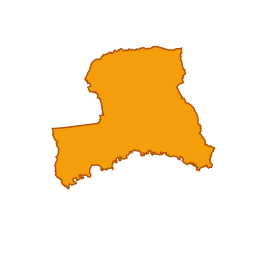 Mueang Surin, Surin, Thailand, rotated 240°
{"feature_id": "78962969B42978200343828", "entity_name": "Mueang Surin", "entity_type": "district", "adm_level": 2, "iso_a3": "THA", "parent_name": "Thailand", "parent_adm1": "Surin", "projection": "orthographic", "projection_center": [103.474, 14.914], "detail": "fine", "context": "isolated", "style": "filled", "palette": "amber", "viewbox_px": 256, "rotation_deg": 240, "n_neighbors": 0, "source": "geoboundaries", "source_scale": "gbopen_adm2", "svg_char_len": 5866}
<svg xmlns="http://www.w3.org/2000/svg" viewBox="0 0 256 256"><g transform="rotate(240 128 128)"><path d="M105.7,45.6L105.3,46.2L105.9,47.3L106.2,47.3L106.7,46.8L107.1,47.0L108.7,49.4L108.2,50.2L107.0,50.5L106.5,51.1L106.6,52.9L105.8,54.9L106.0,55.7L106.5,55.8L109.3,54.2L111.2,54.6L111.7,55.3L111.1,56.4L110.9,58.0L109.5,58.3L108.4,57.4L107.9,57.8L108.2,61.5L107.0,63.4L106.9,64.3L107.3,64.8L107.9,64.6L108.0,63.4L109.4,63.0L110.5,61.7L111.1,61.7L111.8,62.5L111.6,63.0L109.8,64.5L108.2,68.4L105.6,69.0L104.7,70.8L105.1,71.6L106.4,72.5L108.6,72.6L110.6,73.6L112.6,75.8L114.0,78.5L112.4,80.4L111.8,82.6L109.5,84.6L107.6,85.2L106.6,84.4L105.0,83.8L104.5,83.9L104.0,84.6L104.1,85.1L104.6,85.2L105.4,84.8L105.5,85.6L104.1,86.3L103.3,88.8L102.8,88.5L102.4,88.7L103.0,90.5L102.0,92.7L101.7,94.0L99.9,94.3L100.5,94.9L103.1,95.1L104.9,96.9L105.4,97.8L106.2,98.2L106.5,99.2L106.1,100.5L105.6,100.5L104.7,99.5L103.7,101.0L105.0,101.8L106.6,101.9L107.3,102.7L107.6,103.9L107.4,104.5L105.9,104.8L104.5,104.0L104.0,104.3L103.6,105.2L103.9,106.1L104.8,106.7L106.9,106.3L107.2,106.7L103.9,108.2L103.1,109.2L103.1,110.1L102.6,111.3L102.8,112.4L104.1,112.3L105.0,112.8L104.4,114.9L105.0,115.8L105.3,117.4L106.1,117.2L106.6,117.5L106.3,118.6L104.9,119.2L106.0,119.7L105.5,121.7L105.8,122.7L104.8,123.0L104.1,124.4L103.4,124.6L103.0,125.3L103.3,125.9L102.6,126.4L101.4,126.5L100.8,127.0L99.1,126.6L98.6,125.6L97.1,126.0L96.2,127.9L96.2,128.5L98.2,128.7L97.0,129.5L97.6,130.8L97.2,131.5L96.4,131.1L96.4,132.4L95.8,132.8L96.1,133.4L96.6,133.3L98.1,134.0L98.2,134.4L97.3,134.3L96.8,136.3L95.6,136.0L94.8,135.3L92.5,135.6L92.5,136.0L93.2,136.0L94.3,137.1L94.4,137.5L92.8,137.3L93.5,138.9L91.6,138.7L91.5,139.8L90.6,140.3L88.7,142.5L88.9,143.3L89.9,143.8L90.5,143.8L90.8,144.3L89.9,144.7L87.9,144.5L87.9,144.9L88.6,145.2L88.8,145.9L87.4,148.7L86.8,148.6L86.3,147.7L84.4,148.3L84.1,148.7L84.3,149.2L83.4,149.1L81.8,150.6L81.3,152.9L78.6,156.1L78.1,156.3L76.6,155.9L74.8,156.7L74.6,157.1L74.8,157.4L75.4,157.0L75.9,157.2L76.8,158.7L76.8,159.5L76.3,159.6L75.9,159.2L75.1,160.5L74.3,160.6L72.9,160.0L72.8,158.8L70.2,159.0L69.1,159.9L68.1,160.1L67.9,160.7L66.7,161.0L67.0,162.6L66.3,163.4L66.0,164.5L67.0,164.6L67.0,165.0L65.2,164.9L64.8,165.2L64.4,165.9L64.8,166.3L64.9,167.2L64.1,167.1L64.0,166.1L63.2,165.8L62.8,166.2L63.0,167.6L62.4,168.3L62.0,168.1L61.8,167.0L61.2,168.1L59.7,167.5L59.4,168.0L59.7,168.3L58.9,168.5L57.7,166.4L56.0,167.9L55.5,168.6L55.8,168.7L56.1,168.3L57.0,170.2L57.2,171.5L56.7,173.2L56.8,174.8L56.2,176.1L56.3,176.6L56.8,176.8L55.6,177.8L54.9,177.3L53.0,177.7L53.3,179.0L52.2,180.6L53.1,181.9L53.8,182.5L55.6,182.4L57.2,181.9L57.7,182.3L58.1,182.2L58.6,182.7L60.1,183.0L60.0,183.5L60.3,183.5L60.6,184.2L61.5,185.0L61.5,185.4L61.9,185.8L62.8,185.8L63.0,186.8L65.0,188.4L65.2,190.2L65.8,190.4L66.4,191.3L67.0,191.5L66.8,192.5L67.1,192.9L67.4,192.5L67.7,192.7L68.2,192.4L69.9,191.0L71.0,190.8L70.8,190.4L71.2,190.2L71.2,189.5L71.6,188.7L74.6,187.8L74.8,186.4L75.6,186.6L76.9,187.8L80.0,188.5L80.5,188.2L82.7,188.2L82.9,187.8L85.6,188.1L87.8,187.0L88.0,188.2L89.5,190.1L90.8,190.2L91.1,190.9L93.0,191.7L93.2,191.3L94.0,191.9L95.2,191.8L95.5,190.9L97.1,191.0L100.2,192.8L102.6,193.8L105.3,194.4L111.3,194.6L111.9,195.0L116.1,194.0L118.5,192.9L121.2,190.6L122.5,191.2L124.0,191.1L125.4,191.5L126.8,189.3L127.7,189.5L128.0,190.5L132.5,190.1L136.7,190.7L138.6,190.3L139.8,192.1L140.4,194.5L139.9,196.9L139.8,198.8L141.6,199.0L144.0,199.7L143.7,201.1L145.8,201.6L145.9,203.0L146.4,205.0L150.4,206.2L150.9,205.3L152.0,205.7L152.5,205.5L159.5,207.8L161.9,208.3L163.3,208.9L163.4,209.8L165.3,209.6L165.4,210.5L165.9,210.7L166.2,212.3L167.0,212.1L170.3,214.3L170.8,212.5L172.4,209.8L172.6,207.7L172.4,207.5L174.5,202.8L174.9,202.9L175.7,201.5L176.6,200.9L178.0,199.2L178.4,199.3L179.6,197.6L180.2,197.8L182.3,195.0L183.1,194.8L184.0,193.9L184.2,193.2L185.1,192.1L185.8,190.3L185.6,189.2L186.0,186.2L186.6,185.6L187.4,183.1L188.1,182.3L189.3,182.2L190.4,180.3L190.3,179.4L190.8,178.8L190.9,177.6L190.8,176.1L191.5,175.0L192.0,175.0L191.8,173.7L192.1,172.0L192.8,171.7L193.6,170.6L193.9,170.7L193.8,170.1L194.6,169.1L195.7,168.7L195.9,167.4L195.3,167.0L195.4,166.5L195.6,165.8L196.4,165.0L196.2,164.9L196.4,164.3L197.1,163.5L197.3,162.7L197.7,162.8L200.1,161.9L200.0,160.6L200.4,158.9L199.8,158.7L200.0,156.5L200.3,155.9L201.7,155.7L201.8,155.2L201.7,154.0L200.7,153.4L200.6,151.6L200.9,151.5L201.1,150.8L201.9,150.9L202.0,150.5L202.6,150.4L202.4,148.9L202.8,147.2L202.4,147.0L202.4,146.5L203.8,142.6L202.6,142.1L202.8,140.6L202.4,139.8L201.5,139.0L201.4,138.3L203.3,135.0L203.3,132.6L202.5,129.3L200.7,126.9L197.5,124.0L195.7,120.5L194.3,119.3L192.1,115.3L190.7,115.1L190.4,116.0L189.2,115.6L189.1,116.2L186.9,115.5L186.2,117.0L184.3,117.0L182.8,116.6L183.3,113.6L181.3,113.5L178.8,112.9L177.0,116.0L175.8,116.0L175.5,118.0L173.8,117.7L173.3,118.8L170.8,118.0L169.6,116.7L169.0,117.3L168.7,118.0L167.3,117.7L166.8,118.4L160.6,116.4L159.5,116.3L158.6,115.9L158.8,115.5L155.1,114.4L153.2,113.3L152.9,113.7L151.4,113.4L151.7,112.7L151.9,112.7L152.7,109.8L151.5,109.7L150.0,109.0L149.2,108.3L149.3,107.9L147.8,107.0L147.8,105.8L147.4,105.6L147.4,105.1L146.8,104.7L160.8,71.5L165.3,62.2L160.6,60.7L160.4,60.3L160.2,60.4L160.2,60.0L159.7,60.1L159.7,59.5L156.3,59.2L155.2,58.8L153.2,59.2L152.3,59.9L150.8,59.8L150.9,58.3L149.9,58.2L148.7,57.6L147.8,57.5L144.3,57.7L143.4,56.4L141.7,55.9L141.7,55.6L140.8,55.0L139.0,52.5L139.2,51.5L139.0,51.2L137.1,51.3L136.0,50.9L134.9,49.9L134.3,48.1L133.1,47.4L131.8,45.8L129.8,45.6L128.9,44.7L127.6,44.4L127.0,43.2L125.0,43.4L124.5,42.9L124.4,42.4L123.4,41.7L121.2,42.2L120.5,42.0L119.7,43.2L119.1,43.0L118.7,43.4L118.0,43.4L116.3,44.5L115.2,44.3L115.3,43.8L114.4,43.5L113.9,43.3L113.6,43.6L111.8,43.1L111.3,43.5L111.1,44.2L110.4,43.9L109.0,44.2L108.7,45.5L107.0,45.2L106.4,45.8L105.7,45.6Z" fill="#f59e0b" stroke="#b45309" stroke-width="1.5"/></g></svg>